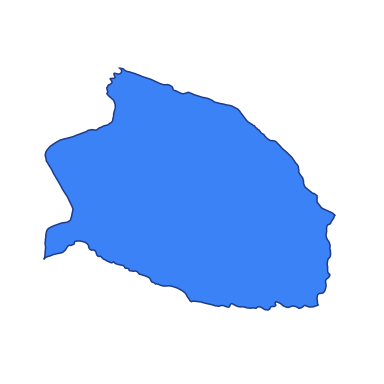 outline of Valle De San Jose, Santander, Colombia, rotated 101°
{"feature_id": "7082276B63653740618542", "entity_name": "Valle De San Jose", "entity_type": "district", "adm_level": 2, "iso_a3": "COL", "parent_name": "Colombia", "parent_adm1": "Santander", "projection": "equal_earth", "projection_center": [-73.106, 6.434], "detail": "fine", "context": "isolated", "style": "filled", "palette": "blue", "viewbox_px": 384, "rotation_deg": 101, "n_neighbors": 0, "source": "geoboundaries", "source_scale": "gbopen_adm2", "svg_char_len": 5958}
<svg xmlns="http://www.w3.org/2000/svg" viewBox="0 0 384 384"><g transform="rotate(101 192 192)"><path d="M278.9,46.6L277.6,47.4L276.6,47.8L275.1,48.1L274.1,48.4L273.2,48.9L271.3,49.1L269.7,49.1L268.5,48.9L267.4,47.8L266.3,44.4L265.3,43.5L264.1,42.9L261.9,42.5L258.5,42.4L257.4,42.8L253.7,44.0L252.3,43.6L251.1,42.7L250.2,41.9L249.3,41.3L248.3,41.0L247.4,40.8L246.8,40.9L245.5,42.8L244.6,43.5L241.4,44.3L239.3,44.6L238.7,45.0L237.3,45.5L234.2,45.8L231.6,45.5L230.0,44.4L229.3,44.2L228.1,44.0L226.8,44.0L222.7,45.1L221.6,45.8L218.4,46.2L217.2,46.6L216.1,47.2L214.6,48.2L213.1,49.8L212.2,50.6L210.3,51.7L208.8,52.2L207.6,52.3L205.6,52.3L204.8,52.3L203.0,52.8L200.4,53.1L198.9,52.9L198.4,52.4L197.0,50.4L196.1,49.9L195.3,49.8L193.4,49.2L190.6,47.9L188.3,47.7L187.8,47.4L187.8,47.8L187.1,47.8L186.1,49.6L185.6,50.9L183.6,59.4L182.7,62.0L178.9,66.2L178.2,67.3L171.8,68.5L170.2,71.8L170.2,73.4L165.6,82.0L162.4,84.1L159.8,84.6L159.1,85.2L158.0,85.5L156.9,86.2L155.7,87.6L154.6,88.8L152.5,90.7L151.9,91.2L150.2,91.2L148.7,92.0L148.0,92.1L146.6,92.6L145.1,93.9L143.5,96.1L142.5,96.9L139.0,100.5L134.8,106.8L132.1,111.6L129.2,115.4L127.8,117.6L126.9,118.6L126.3,119.9L126.1,122.1L126.5,124.2L126.4,125.1L125.6,127.4L125.1,128.4L123.5,130.9L122.1,132.2L121.6,133.0L121.4,134.4L120.8,135.4L119.8,136.4L118.1,138.5L118.1,139.4L117.8,139.9L117.1,140.5L116.7,141.7L116.3,142.3L115.4,142.9L115.0,143.7L114.8,145.0L114.6,145.3L114.3,145.6L113.2,148.6L112.4,150.5L111.5,151.9L106.9,157.0L105.2,159.0L103.9,160.2L102.0,162.6L100.0,169.1L99.8,170.7L99.9,175.7L99.7,177.0L99.7,182.1L99.4,186.9L99.2,187.7L98.8,188.5L98.3,189.2L97.8,191.3L97.2,193.6L97.0,197.7L97.1,199.8L96.4,205.4L96.3,206.8L96.1,208.3L95.5,210.7L94.8,214.5L95.2,215.4L95.9,216.5L97.1,218.9L97.3,219.7L97.3,220.8L97.2,221.6L96.3,225.2L95.8,226.9L95.6,229.1L95.3,229.9L95.0,230.2L93.7,230.6L92.8,231.3L92.3,231.9L91.8,233.4L91.3,235.0L91.2,236.0L91.2,236.5L91.8,238.5L92.0,239.8L92.0,241.7L91.5,244.8L89.2,254.0L88.2,262.7L87.5,265.5L87.2,268.0L86.8,269.7L86.6,270.9L86.4,273.5L86.0,276.3L86.1,277.8L85.9,279.6L85.7,280.7L85.0,282.0L84.4,282.5L84.2,283.8L84.2,286.3L84.3,286.6L85.1,284.9L86.6,284.2L87.5,284.1L88.6,284.4L90.0,285.6L90.2,286.8L90.3,288.3L90.1,290.6L90.6,291.2L92.3,290.7L93.3,289.8L93.9,289.4L94.7,289.7L95.3,290.3L95.7,292.2L96.2,293.8L96.8,293.8L97.5,292.9L98.3,292.1L99.3,291.5L100.1,291.5L102.1,293.0L102.6,294.1L103.3,294.7L105.0,295.0L106.0,295.6L108.3,294.6L109.8,293.7L110.5,293.9L111.4,294.4L111.9,294.1L113.3,292.6L115.6,288.7L116.5,286.9L118.1,285.7L120.7,284.1L124.3,283.3L127.7,283.7L129.9,283.8L131.4,283.7L133.1,283.4L134.9,283.7L135.8,283.5L136.8,283.5L138.2,283.9L139.4,284.7L140.5,286.0L141.6,286.8L142.3,287.6L143.7,290.8L144.6,292.1L145.6,293.3L146.8,295.3L149.3,297.5L149.7,298.7L149.8,302.0L150.9,304.9L151.7,306.2L152.9,307.2L154.7,310.4L156.3,312.9L158.9,317.2L159.9,318.5L162.0,322.6L164.3,327.6L166.0,331.1L169.1,334.8L172.3,338.1L174.2,339.9L176.4,341.2L178.4,342.3L180.4,343.0L181.9,343.2L184.4,343.0L186.8,341.8L189.6,340.8L190.7,339.5L192.7,337.9L196.3,334.4L200.3,331.4L210.6,322.3L214.2,319.5L220.4,313.5L229.4,306.8L231.7,305.5L239.0,305.6L242.6,305.9L245.0,308.0L245.7,309.5L247.2,313.9L251.0,320.4L252.6,322.8L255.0,325.8L256.7,326.9L259.0,327.3L262.0,327.3L263.6,326.9L265.9,326.9L267.9,326.6L269.8,326.6L271.8,326.0L273.7,325.3L276.4,324.9L278.4,324.8L281.5,324.3L284.2,324.2L286.5,324.7L284.3,323.2L283.6,322.5L281.7,318.9L279.9,316.2L278.6,313.4L278.1,312.2L276.7,308.7L275.4,306.9L273.5,305.5L272.6,305.0L269.5,303.9L268.5,303.2L268.0,302.6L267.7,302.0L267.5,300.5L267.1,299.8L266.0,298.5L265.8,298.1L265.4,297.8L263.4,297.8L262.7,297.2L262.1,295.5L261.5,293.0L261.4,291.9L261.7,287.9L261.9,287.0L262.4,285.9L262.9,284.8L263.7,284.0L264.5,283.3L265.4,282.8L266.0,282.7L266.2,282.8L267.5,281.6L268.0,280.8L268.3,279.3L268.0,278.7L267.7,277.7L268.0,276.5L269.0,275.0L270.1,274.5L272.1,273.3L273.0,271.9L273.0,271.0L272.8,270.3L272.5,269.4L272.9,268.7L273.7,267.9L274.4,266.7L275.0,265.4L275.2,263.9L276.0,262.2L276.6,259.0L276.9,257.9L276.7,257.0L276.2,256.3L275.8,256.2L275.5,255.6L275.8,254.9L276.5,254.2L276.9,253.2L277.2,251.2L277.3,247.7L277.2,246.6L277.4,245.5L277.6,244.8L278.1,244.2L279.0,243.5L279.4,243.1L279.5,242.5L279.3,242.0L279.3,240.3L279.7,239.1L280.9,238.8L281.2,238.0L281.0,236.0L281.0,234.2L280.8,233.8L280.4,233.0L280.4,231.9L280.6,231.1L280.8,230.4L281.4,229.5L282.4,228.5L282.7,228.0L282.7,227.1L283.0,224.6L283.2,222.3L284.1,218.2L284.5,217.4L284.9,216.8L287.6,214.8L288.0,214.3L288.2,212.5L288.9,210.9L289.3,210.2L289.1,209.8L288.9,208.9L289.0,207.9L289.7,203.9L289.7,201.9L289.4,200.1L288.5,196.6L288.3,194.2L288.9,189.2L289.4,186.7L289.9,185.6L290.6,183.1L292.5,179.3L294.6,177.4L295.9,176.4L297.4,174.7L298.3,174.0L299.4,172.8L299.8,171.5L299.4,171.1L299.0,170.4L298.6,167.7L298.6,166.8L298.2,161.8L298.5,160.2L298.7,156.8L298.8,152.2L298.9,150.1L299.3,147.5L299.1,146.9L299.1,144.6L299.0,143.8L298.1,142.2L297.6,140.9L297.5,139.7L298.1,135.9L298.1,134.6L298.0,133.9L297.6,133.5L297.1,133.2L295.7,133.1L294.6,132.5L294.1,132.0L294.0,131.3L294.1,130.7L295.3,127.2L295.4,125.7L295.7,124.6L295.6,123.1L295.4,121.7L295.1,120.9L294.9,119.5L294.9,118.6L295.2,116.5L295.2,114.9L295.1,113.9L294.8,111.9L294.3,110.6L294.1,110.3L294.0,109.5L294.0,107.2L293.8,106.8L293.1,106.2L292.3,105.7L292.0,105.0L291.9,104.1L291.9,102.4L293.3,98.7L293.6,97.5L293.4,96.7L293.4,95.6L293.3,94.8L293.1,94.4L292.1,93.4L291.4,93.2L290.8,93.1L289.9,92.8L289.4,92.3L288.6,89.2L287.4,88.1L286.9,88.2L285.6,89.2L284.8,89.2L283.7,88.8L283.7,88.1L283.9,86.4L284.2,85.5L284.4,84.4L285.2,82.6L286.1,81.2L286.4,80.4L286.6,79.6L286.8,78.6L287.0,76.9L287.0,75.7L286.6,74.8L286.0,73.7L285.1,72.4L284.6,71.0L284.7,68.0L284.9,67.2L285.8,64.9L285.6,64.2L284.5,62.2L284.0,61.7L282.8,60.8L282.1,60.1L281.7,59.0L282.1,57.6L282.3,56.5L282.5,55.1L282.4,54.2L281.6,51.2L281.2,50.3L280.4,49.1L279.6,47.6L278.9,46.6Z" fill="#3b82f6" stroke="#1e3a8a" stroke-width="1.5"/></g></svg>